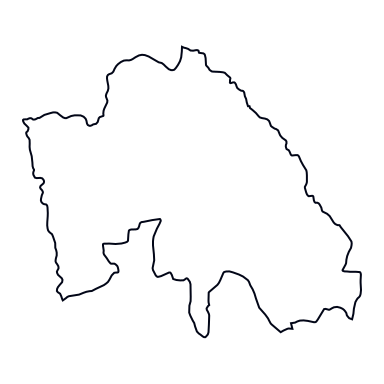 the district of Quan Ba, Hà Giang, Vietnam
{"feature_id": "81297802B31175014332346", "entity_name": "Quan Ba", "entity_type": "district", "adm_level": 2, "iso_a3": "VNM", "parent_name": "Vietnam", "parent_adm1": "Hà Giang", "projection": "natural_earth1", "projection_center": [104.959, 23.067], "detail": "fine", "context": "isolated", "style": "outline", "palette": "ink", "viewbox_px": 384, "rotation_deg": 0, "n_neighbors": 0, "source": "geoboundaries", "source_scale": "gbopen_adm2", "svg_char_len": 5903}
<svg xmlns="http://www.w3.org/2000/svg" viewBox="0 0 384 384"><path d="M352.1,319.3L353.4,313.8L353.9,308.7L355.4,302.1L356.9,299.4L357.8,298.2L359.0,297.2L359.8,296.2L360.3,295.0L360.6,293.8L361.0,290.0L360.6,282.8L360.6,280.2L360.9,274.7L360.7,273.5L360.3,272.5L359.8,272.1L355.9,271.8L350.1,271.8L347.2,271.5L344.6,271.4L343.1,271.0L342.6,270.5L342.6,270.0L345.6,264.5L346.1,263.1L346.4,259.7L347.2,256.0L348.8,251.9L351.0,247.9L351.5,245.5L351.7,243.5L351.5,241.8L351.3,241.3L348.0,236.2L340.8,227.2L339.5,225.2L337.5,225.1L335.3,224.1L333.7,222.5L329.7,216.1L327.1,213.8L322.7,211.6L322.0,210.6L321.3,207.6L319.6,204.5L318.6,203.3L317.2,202.7L315.6,202.8L315.2,202.6L314.5,201.9L313.9,200.4L313.3,196.5L312.9,196.0L312.2,195.8L308.8,196.2L308.1,195.8L307.0,194.5L306.2,192.5L304.9,187.9L304.9,186.8L306.1,184.6L306.6,183.3L306.9,182.0L306.9,175.3L306.7,172.2L306.3,170.3L303.0,165.0L300.9,161.1L299.0,156.6L298.3,155.6L297.5,155.1L295.8,155.1L292.0,155.5L291.4,155.2L290.8,154.6L289.5,151.5L288.7,150.2L286.6,149.1L286.1,147.8L285.8,146.5L285.9,145.0L286.5,143.3L286.4,141.4L285.8,140.4L282.3,137.9L280.5,135.8L280.0,135.0L278.1,130.4L276.2,129.1L274.6,128.6L271.9,126.8L270.9,125.9L269.9,123.0L269.1,121.0L267.3,119.4L265.0,118.6L262.0,118.1L259.8,117.4L258.6,116.2L255.9,113.0L253.1,110.5L251.3,109.0L250.1,108.2L249.5,106.2L248.0,106.2L246.8,102.5L246.1,98.9L244.9,96.3L244.2,92.5L243.8,91.8L243.2,91.1L242.6,90.8L241.2,90.7L240.1,90.1L238.8,89.3L237.3,88.0L236.6,86.5L235.9,84.3L234.9,82.8L234.3,82.4L233.0,82.4L231.2,83.0L230.4,83.1L230.0,82.8L229.9,82.4L230.0,81.8L230.0,80.1L230.4,78.3L230.1,77.6L227.2,75.2L224.8,72.8L223.0,72.3L219.5,71.9L212.9,71.6L211.7,71.4L209.6,69.9L208.3,67.7L206.4,65.7L206.0,65.0L205.6,58.1L204.9,55.0L204.5,54.2L203.4,53.4L199.1,52.8L198.8,52.1L198.6,51.0L198.4,50.6L197.6,50.2L196.3,50.1L193.1,50.7L190.5,50.5L188.1,48.9L185.8,48.1L184.0,47.7L182.0,46.8L181.8,51.6L181.2,57.3L180.0,61.2L178.0,64.9L176.0,67.8L174.3,69.7L172.9,70.1L171.0,70.1L168.8,69.2L165.7,66.5L163.7,64.5L161.7,63.0L158.7,62.3L148.7,56.5L144.9,55.1L142.0,54.8L139.0,55.4L135.5,57.2L132.6,59.1L131.0,59.9L129.1,60.4L126.4,60.3L123.8,60.6L120.9,62.0L118.1,64.1L116.3,66.0L114.6,68.8L113.3,71.7L111.7,73.3L109.1,74.2L107.9,75.0L107.1,76.4L107.0,78.3L107.3,80.7L108.3,85.9L108.4,88.5L107.8,90.9L106.5,93.5L105.9,95.5L106.0,96.8L107.4,100.5L107.2,102.5L104.3,108.6L103.6,110.7L103.3,113.5L103.5,115.3L103.3,115.9L99.8,117.1L98.8,118.2L97.7,122.0L96.1,123.8L93.2,124.4L91.8,125.3L90.4,125.8L89.4,125.8L87.8,125.0L87.0,123.6L86.4,120.6L85.6,118.7L83.6,116.7L80.6,115.4L74.8,115.3L71.2,116.0L66.4,118.1L64.9,118.1L63.2,117.5L60.1,115.2L57.2,112.8L55.2,112.4L53.1,112.4L50.4,113.1L44.4,114.9L39.5,117.9L37.8,118.0L35.5,119.3L34.0,119.6L33.0,119.5L31.7,118.5L31.0,118.2L29.8,118.2L28.3,118.7L27.3,119.3L23.8,119.4L23.1,119.8L23.0,120.4L23.2,121.4L24.3,123.5L26.7,125.8L28.4,127.6L28.4,129.1L27.6,131.2L26.3,132.4L26.2,133.4L26.7,135.1L27.3,136.4L28.8,138.2L29.6,139.9L29.7,143.5L29.6,146.9L29.9,149.8L31.7,156.2L32.4,162.6L32.6,166.2L33.2,168.3L34.0,169.6L34.0,170.3L33.3,172.3L33.2,173.6L33.4,174.8L34.9,177.6L36.5,178.1L40.5,177.9L42.3,178.4L43.6,180.0L44.0,181.1L44.0,182.1L43.5,183.4L40.6,185.9L40.2,186.9L40.1,187.6L40.6,188.7L42.1,190.3L42.8,191.7L42.9,192.7L41.8,195.3L41.0,198.9L40.9,200.4L41.3,201.8L42.0,202.7L42.8,203.5L43.9,204.1L46.2,204.5L47.1,205.5L47.5,207.3L47.8,213.1L47.7,216.4L47.3,221.9L47.2,225.4L47.6,228.5L48.1,230.4L49.0,231.7L50.3,232.9L52.0,234.2L53.0,236.5L55.2,243.0L55.3,247.8L56.2,250.3L56.7,252.6L56.7,255.5L55.9,258.4L55.6,260.3L55.6,261.5L56.0,262.6L57.3,264.4L58.3,266.2L58.5,267.2L58.5,268.5L57.4,270.5L56.9,271.7L57.1,272.9L58.0,274.8L61.8,278.3L62.5,279.9L62.1,282.2L59.7,284.9L57.9,287.2L57.1,288.9L56.9,291.0L57.8,292.2L60.1,293.7L61.2,296.1L62.3,299.4L62.8,300.4L66.0,298.1L67.4,296.9L69.0,296.2L79.1,294.6L83.5,292.8L86.4,291.8L89.4,291.2L91.8,291.0L95.8,288.9L103.9,285.1L106.3,283.4L108.0,281.9L109.6,279.4L111.7,275.4L114.2,272.8L115.6,272.6L117.6,272.5L118.2,272.2L118.5,271.1L118.3,269.4L117.8,267.2L117.2,265.9L115.5,264.3L114.4,263.7L111.4,263.7L110.6,263.5L108.8,261.4L106.7,258.1L104.0,254.5L103.5,252.9L103.7,250.5L103.0,245.7L103.0,244.3L103.3,243.9L104.0,243.7L109.4,243.6L115.6,244.0L121.5,243.5L125.1,242.6L126.9,241.9L127.6,241.3L128.0,240.7L128.4,234.2L128.9,230.7L129.4,230.1L130.4,229.7L131.3,229.5L135.7,229.4L137.5,229.0L138.5,227.8L139.1,226.3L139.7,224.0L140.3,222.9L141.5,222.1L143.8,221.8L152.2,220.1L159.9,219.0L160.3,219.4L160.7,220.3L160.7,221.0L159.6,223.6L156.9,228.7L153.7,236.4L153.3,238.6L153.0,241.1L153.0,245.4L153.9,254.2L154.2,260.3L152.6,268.1L153.0,270.1L155.8,275.5L157.0,276.6L157.8,276.9L158.8,276.7L161.1,276.1L169.1,272.5L170.1,272.5L170.7,273.0L171.8,274.9L173.2,279.0L176.4,280.0L180.2,280.4L183.5,280.3L184.8,279.5L185.9,278.6L186.8,278.3L187.7,278.8L189.8,281.8L190.5,284.3L190.7,296.8L190.6,301.2L189.4,305.6L189.2,312.6L190.3,315.6L192.8,320.7L194.2,323.0L195.1,326.5L196.9,331.5L198.8,333.5L200.3,334.5L202.7,336.4L203.9,337.1L205.2,337.2L205.9,336.7L207.8,334.5L208.5,332.3L208.9,324.7L209.2,315.6L209.0,314.2L207.9,311.7L206.8,309.8L206.6,308.4L208.0,306.1L209.2,305.1L208.6,302.5L208.5,300.8L208.7,292.7L209.1,292.0L217.4,284.9L218.9,282.9L220.3,280.1L223.4,272.9L224.2,272.0L226.2,271.5L229.4,271.4L233.0,272.4L238.9,274.5L243.0,276.5L247.9,280.2L249.0,281.9L250.3,285.3L252.7,289.4L254.5,293.6L255.9,298.3L259.2,307.7L265.2,314.5L268.1,318.5L268.8,320.0L270.7,323.5L271.7,324.5L280.7,332.2L283.4,330.6L287.4,328.8L288.7,328.5L292.4,328.8L291.0,323.2L295.1,322.6L297.2,321.5L299.9,320.6L303.5,320.4L307.8,320.9L313.9,322.2L315.1,322.2L316.2,321.7L317.8,319.5L324.1,309.1L325.6,308.9L329.0,309.8L329.9,309.5L331.9,308.3L333.9,307.3L337.1,306.9L340.3,307.7L342.6,308.8L344.0,309.9L345.2,311.3L346.3,313.0L346.9,315.4L348.0,316.8L349.2,318.2L352.1,319.3Z" fill="none" stroke="#020617" stroke-width="2"/></svg>